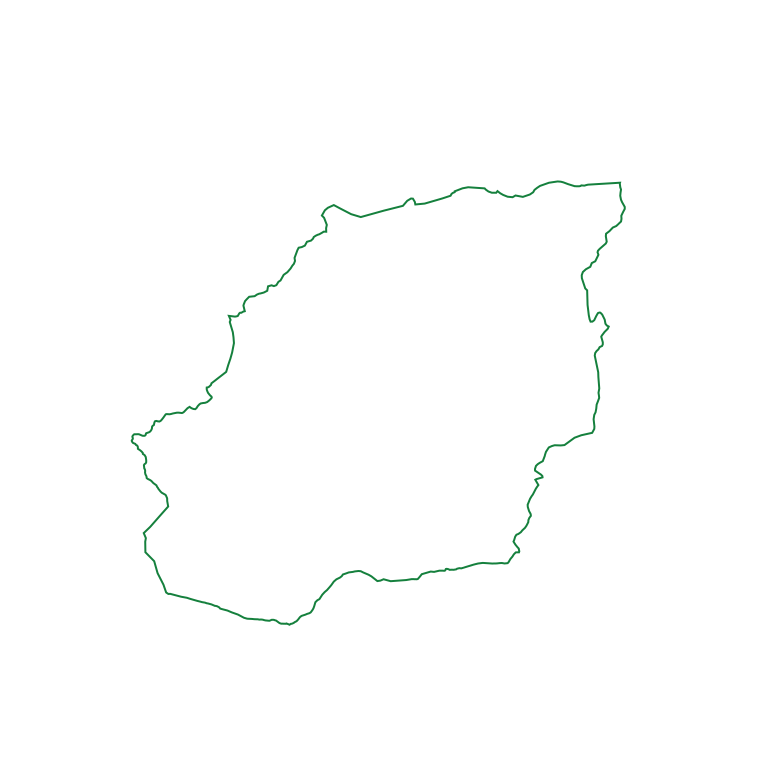 Dorna-Arini, Suceava, Romania (Robinson projection), rotated 23°
{"feature_id": "2599482B28497100220682", "entity_name": "Dorna-Arini", "entity_type": "district", "adm_level": 2, "iso_a3": "ROU", "parent_name": "Romania", "parent_adm1": "Suceava", "projection": "robinson", "projection_center": [25.454, 47.364], "detail": "fine", "context": "isolated", "style": "outline", "palette": "green", "viewbox_px": 768, "rotation_deg": 23, "n_neighbors": 0, "source": "geoboundaries", "source_scale": "gbopen_adm2", "svg_char_len": 6165}
<svg xmlns="http://www.w3.org/2000/svg" viewBox="0 0 768 768"><g transform="rotate(23 384 384)"><path d="M267.6,661.5L269.2,660.7L280.3,659.1L286.1,657.8L289.6,657.5L296.9,656.6L300.0,656.1L301.7,655.9L304.6,655.2L306.5,655.1L307.7,654.8L311.3,654.3L315.0,654.3L315.9,654.0L317.3,653.8L319.5,654.0L320.9,654.7L322.2,654.6L328.4,653.7L333.3,653.7L339.6,653.3L346.5,653.9L349.7,653.5L350.9,653.1L354.1,651.9L356.7,651.1L359.8,649.9L361.2,649.6L363.2,648.7L364.6,648.3L365.8,648.2L367.4,647.9L370.5,646.9L371.2,646.6L372.8,644.9L374.2,644.3L375.1,644.1L375.9,644.1L377.0,643.9L381.2,644.9L382.9,644.8L387.5,643.0L387.7,642.6L388.9,642.5L391.1,642.5L391.9,641.2L392.7,640.8L394.2,639.3L394.7,638.3L396.2,636.5L397.0,634.3L397.7,631.5L398.7,629.7L401.9,626.9L402.9,625.8L404.9,624.1L405.8,622.8L406.4,620.3L406.7,618.3L406.6,615.9L406.1,611.7L407.2,609.0L408.6,607.3L408.9,605.6L409.5,602.1L410.7,598.7L412.1,595.9L414.0,590.0L415.0,585.5L416.5,582.4L419.1,579.4L420.2,577.4L420.6,575.4L423.2,573.1L425.2,571.2L428.8,569.1L430.4,567.9L433.6,566.1L435.8,565.4L438.4,565.6L444.3,565.6L447.6,566.0L454.9,568.0L457.5,566.4L459.9,563.9L467.2,562.9L481.0,555.8L485.9,552.7L490.5,550.9L491.3,550.3L492.2,547.6L493.1,544.3L500.3,538.4L503.5,537.4L507.9,534.2L510.5,533.1L512.8,532.2L513.2,531.6L513.2,530.2L514.0,529.6L515.7,529.3L517.1,529.4L518.6,528.6L520.7,527.8L522.9,526.4L523.4,525.5L525.3,524.1L527.2,523.5L537.0,515.3L540.7,512.5L544.8,510.1L553.7,507.0L557.9,505.1L560.6,503.6L562.5,502.7L565.1,502.1L567.8,500.6L568.3,499.2L568.7,495.8L569.7,492.5L569.9,491.0L570.2,489.7L571.1,487.5L574.0,486.2L573.9,485.1L573.0,483.9L572.3,482.8L570.5,482.0L567.7,480.5L564.8,478.5L564.8,476.8L564.4,473.3L564.8,471.0L566.3,469.5L567.9,466.9L568.5,464.7L570.0,461.3L570.5,458.8L570.8,454.9L570.1,452.8L570.1,450.4L570.7,448.0L570.2,447.0L569.6,446.2L567.2,444.3L564.4,441.0L563.4,439.0L563.3,432.6L563.7,429.7L564.2,427.6L564.7,421.0L565.1,418.8L565.6,416.7L560.7,413.0L561.5,412.0L566.4,408.0L565.8,406.9L564.1,406.1L556.9,404.7L556.2,403.3L555.9,400.0L556.8,397.8L558.1,395.8L560.3,393.0L560.1,387.4L559.9,386.5L559.6,383.2L560.5,378.0L562.8,375.5L565.0,373.7L570.7,371.5L574.0,369.7L580.4,359.0L585.6,354.1L594.7,347.6L595.1,343.2L594.3,340.9L590.7,334.5L589.6,330.2L589.8,327.4L589.0,323.7L587.8,319.9L587.7,316.5L587.5,312.7L586.4,310.7L584.9,308.3L583.9,304.0L578.6,293.8L576.6,289.5L566.9,275.5L566.3,273.0L566.8,270.6L567.8,268.4L568.1,265.8L569.9,263.7L569.9,262.0L569.1,260.1L565.5,255.6L565.6,254.3L566.7,249.9L568.4,245.7L568.4,243.3L566.3,243.1L564.3,242.0L562.0,238.5L557.7,234.8L555.3,233.8L554.3,234.1L553.2,235.2L552.8,238.6L552.6,243.1L551.5,245.1L549.8,245.9L548.0,244.1L545.6,240.6L540.5,231.7L534.4,218.4L531.9,217.4L524.8,209.3L523.5,206.6L523.3,203.2L525.0,199.5L528.1,195.5L528.0,191.5L530.5,188.5L530.9,181.3L529.1,179.3L528.9,177.7L529.7,175.4L533.3,168.0L533.4,166.0L530.4,161.2L529.7,158.9L531.8,155.2L533.5,150.6L536.1,147.8L538.7,141.8L538.1,139.2L536.7,136.4L536.9,131.9L537.2,128.8L536.4,126.9L532.1,123.6L530.1,121.7L527.9,118.4L527.0,115.6L526.2,112.4L524.7,110.7L522.7,107.3L522.6,106.5L493.9,120.8L492.4,121.9L491.1,123.0L490.4,123.3L488.0,124.1L487.6,124.9L486.3,125.8L482.3,127.4L475.3,128.1L470.3,128.3L467.7,128.7L464.7,129.7L457.2,134.3L450.2,140.7L448.3,143.6L446.7,146.5L446.4,149.2L444.2,152.6L438.7,157.5L431.4,159.1L429.4,161.8L424.6,163.3L419.8,163.4L416.4,163.0L413.1,162.1L412.6,164.1L408.6,165.8L404.9,166.0L401.8,165.3L400.2,164.6L384.6,170.0L379.8,173.2L373.8,179.0L374.1,179.8L372.7,181.2L371.9,182.6L371.7,184.7L365.2,190.4L351.0,202.0L342.7,206.5L341.2,204.3L338.2,202.1L336.4,202.7L333.8,206.3L331.8,212.6L316.1,224.5L297.4,239.4L287.4,240.5L274.4,239.5L267.9,238.9L263.5,243.7L261.7,247.2L261.0,253.2L263.9,254.4L269.2,259.9L269.8,263.1L271.3,266.4L269.0,267.3L267.9,268.9L265.9,271.5L264.6,272.6L263.2,274.2L261.9,276.2L261.9,277.9L260.8,280.5L257.5,283.2L257.1,287.5L254.8,290.1L252.2,291.9L252.0,294.7L252.4,302.9L254.0,305.5L254.1,308.6L253.4,310.9L252.9,314.1L251.4,318.8L249.0,322.7L248.3,329.1L246.9,331.2L246.3,335.1L244.4,336.9L241.9,337.1L239.1,339.4L240.1,343.8L237.6,346.8L234.8,349.0L233.8,349.6L232.2,351.2L230.6,353.7L225.8,356.4L224.5,359.7L223.7,362.0L223.8,365.5L224.0,366.8L227.4,371.4L226.1,372.4L224.9,374.1L223.7,374.6L223.2,375.5L222.8,378.6L221.6,379.5L220.5,380.2L214.6,381.9L217.7,384.9L217.8,387.2L224.6,395.4L227.2,399.8L229.9,405.0L231.9,414.4L232.7,420.7L233.2,427.4L234.0,434.5L224.9,450.8L225.1,452.4L224.0,455.0L223.1,456.0L222.2,456.5L222.4,457.1L223.1,458.5L224.0,459.5L225.5,460.9L228.3,462.4L230.1,463.0L230.7,463.7L230.7,464.6L229.6,467.3L228.3,469.7L226.7,471.2L224.7,472.3L222.8,473.6L222.0,474.9L221.2,477.1L220.8,479.5L220.1,480.9L218.5,481.4L217.1,481.5L215.6,481.4L214.0,481.0L212.6,483.0L210.7,488.0L209.9,489.2L209.3,489.7L206.2,490.6L204.6,491.3L201.2,493.6L199.6,494.9L198.3,495.7L196.3,496.4L195.3,496.8L194.9,497.3L194.6,498.5L194.1,500.9L193.5,503.2L193.0,504.8L192.5,505.6L191.9,506.3L190.2,506.8L189.0,506.9L187.9,507.6L187.7,508.0L187.7,509.2L188.2,511.6L188.0,512.0L187.4,512.9L187.2,513.7L187.3,514.3L187.7,515.4L187.8,516.4L187.7,517.8L187.2,519.3L186.6,520.2L184.7,521.9L184.3,522.3L184.3,523.2L184.5,523.7L184.4,524.3L184.0,525.1L183.3,525.5L182.3,525.9L181.5,526.0L178.3,526.0L177.4,526.2L175.5,527.1L173.8,527.8L173.4,528.4L172.9,530.1L173.0,530.9L173.9,531.9L174.2,532.6L173.9,534.6L174.1,535.0L175.0,535.8L176.0,536.3L178.5,536.3L179.5,537.0L180.9,537.1L182.0,538.1L182.8,539.8L185.4,540.3L187.3,540.9L188.9,541.7L189.1,542.2L189.4,542.6L191.0,542.9L191.6,543.1L193.2,544.3L194.8,546.9L195.3,548.0L195.7,549.1L195.6,550.2L194.9,551.3L194.7,552.5L196.4,555.5L197.0,555.8L197.7,556.6L198.2,557.5L198.5,558.6L199.0,559.4L199.8,560.5L200.9,561.3L201.6,562.1L202.3,563.3L202.8,563.5L203.9,563.7L206.0,563.8L207.7,564.1L210.3,565.3L214.1,566.2L215.4,567.4L216.4,567.9L217.2,568.6L220.1,570.2L221.8,570.9L226.1,571.4L226.8,571.8L229.0,573.9L230.2,576.5L233.2,581.1L229.0,593.6L224.6,606.9L221.1,615.1L225.0,618.9L225.8,622.4L230.1,632.1L241.7,636.9L249.5,646.6L259.4,654.9L264.9,661.0L266.8,661.4L267.6,661.5Z" fill="none" stroke="#15803d" stroke-width="2"/></g></svg>